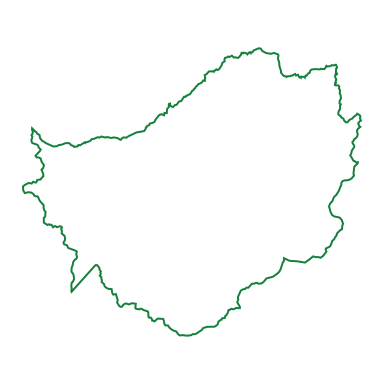 the district of Planadas, Tolima, Colombia
{"feature_id": "7082276B16084639884321", "entity_name": "Planadas", "entity_type": "district", "adm_level": 2, "iso_a3": "COL", "parent_name": "Colombia", "parent_adm1": "Tolima", "projection": "orthographic", "projection_center": [-75.818, 3.098], "detail": "fine", "context": "isolated", "style": "outline", "palette": "green", "viewbox_px": 384, "rotation_deg": 0, "n_neighbors": 0, "source": "geoboundaries", "source_scale": "gbopen_adm2", "svg_char_len": 5867}
<svg xmlns="http://www.w3.org/2000/svg" viewBox="0 0 384 384"><path d="M353.7,161.0L350.2,155.3L351.2,153.6L351.9,150.5L354.2,147.1L354.2,145.6L352.6,143.2L352.4,142.0L353.6,140.9L353.8,139.7L356.3,137.7L357.2,136.4L357.8,134.4L356.9,131.0L357.9,128.8L360.3,126.9L359.2,126.0L358.2,123.4L359.6,121.4L361.0,120.5L360.0,118.6L360.4,116.3L359.6,115.1L357.2,113.7L356.7,114.7L353.6,117.0L352.3,118.6L349.5,119.8L347.6,122.2L346.0,122.4L344.2,120.7L343.4,118.6L341.3,117.5L340.5,115.8L339.2,115.4L338.4,114.3L338.3,112.6L339.0,110.5L340.1,109.1L340.0,105.9L340.8,104.3L339.8,103.8L339.5,103.1L339.6,101.2L341.0,98.2L340.5,94.9L339.7,93.3L340.0,90.0L339.0,88.6L339.3,86.4L338.1,85.3L335.5,85.4L334.9,84.9L335.2,82.9L336.0,82.7L335.6,81.1L336.4,79.8L335.4,77.8L335.1,76.1L335.7,73.9L336.6,74.5L337.1,74.1L335.9,71.8L336.1,68.7L337.1,67.6L336.0,64.8L335.1,64.8L334.1,65.4L331.8,65.2L330.4,66.1L327.6,66.5L326.4,65.8L325.4,68.0L324.2,69.1L320.8,68.8L320.1,69.4L314.6,69.1L311.4,69.6L310.3,70.7L309.6,72.9L308.3,73.3L306.7,75.5L305.9,75.5L305.8,76.2L304.9,76.7L304.8,77.4L304.2,76.7L301.8,76.9L301.3,76.6L300.7,76.9L300.7,77.7L300.0,77.2L299.4,77.4L298.0,74.8L296.1,75.5L295.3,74.0L293.6,74.7L293.1,75.4L291.0,75.6L290.5,76.1L288.7,76.3L287.9,76.1L286.5,77.0L285.8,76.3L284.2,76.1L283.1,75.3L280.9,72.5L281.0,70.9L279.5,66.4L279.2,62.7L277.9,58.3L278.5,55.6L278.0,54.4L273.9,52.9L271.3,53.8L266.3,53.1L262.1,50.9L260.8,48.6L258.7,48.3L253.7,50.4L252.2,52.4L250.7,52.2L250.6,53.2L249.5,52.5L248.8,52.6L247.4,54.4L246.3,53.3L243.9,52.6L243.3,52.7L242.9,53.4L241.6,52.8L240.7,55.3L240.0,55.8L239.3,57.1L237.6,57.9L235.2,57.3L234.0,57.6L231.9,55.7L229.4,57.0L228.2,56.5L227.7,57.1L225.0,57.9L224.4,59.6L224.7,61.3L222.3,62.9L221.6,65.4L219.2,69.1L217.8,70.0L216.3,69.3L215.5,70.4L214.3,70.6L213.8,71.8L212.8,71.3L208.8,71.5L206.7,74.0L204.7,75.1L205.3,78.3L204.8,79.2L204.9,80.8L203.2,80.5L202.2,82.0L200.7,83.2L198.2,84.2L197.5,85.4L195.9,86.7L195.2,88.0L193.9,89.1L193.7,89.9L192.0,91.1L190.1,94.1L186.7,95.6L186.3,96.3L185.5,96.3L184.9,97.0L184.0,96.8L181.2,101.1L179.0,101.5L176.6,104.8L175.0,105.0L173.0,107.1L170.3,105.9L170.0,103.6L168.9,104.0L168.8,107.1L167.0,109.2L166.8,113.1L164.5,112.9L164.1,115.2L161.4,114.2L159.1,115.1L155.3,119.9L154.6,121.8L152.6,122.9L149.7,123.6L149.3,125.0L146.9,126.2L146.5,127.2L145.8,127.5L145.7,128.9L144.1,131.1L136.6,132.4L128.7,136.1L126.3,137.7L123.5,137.4L121.6,138.6L121.0,139.7L120.2,139.8L117.7,138.1L113.8,137.4L111.3,138.0L107.0,137.0L105.4,137.6L101.3,136.5L99.5,137.6L97.8,137.2L92.9,139.2L91.7,139.1L90.2,140.9L87.2,142.1L85.6,142.1L85.2,143.0L84.5,142.5L80.2,145.2L79.5,145.0L78.1,145.3L77.9,146.2L76.8,146.5L74.1,146.9L73.6,146.1L70.9,145.0L70.1,143.9L68.7,143.1L65.2,143.2L61.8,144.7L59.0,145.0L56.9,146.2L53.4,146.5L45.6,143.0L43.7,141.5L42.6,141.2L40.1,138.3L39.5,135.0L37.1,133.6L36.3,132.0L35.1,131.4L32.1,128.3L32.0,129.5L32.8,131.9L32.6,133.5L31.5,135.3L32.4,136.7L31.4,140.2L31.7,142.0L32.5,143.1L37.4,144.8L38.2,145.7L38.7,147.4L40.7,149.7L39.6,151.4L35.5,155.8L36.5,157.3L38.7,157.5L40.6,158.5L41.7,162.0L44.0,165.2L43.0,168.3L41.5,169.7L43.3,174.0L43.3,176.4L41.7,177.8L40.6,179.5L37.3,179.9L36.3,182.4L35.4,182.5L33.0,181.8L31.8,183.5L28.5,183.0L25.0,184.8L23.0,186.4L23.2,190.3L24.8,193.1L28.3,192.2L31.5,192.6L33.8,194.5L34.5,195.9L35.9,196.4L37.0,196.2L37.9,196.7L39.8,200.9L43.6,205.1L43.6,208.0L44.3,210.4L45.5,211.6L45.2,216.5L43.8,217.9L43.8,222.6L47.4,225.0L48.5,224.3L49.8,224.9L50.9,224.6L52.0,225.4L53.1,227.3L54.6,226.1L55.8,226.3L56.8,227.2L60.2,226.2L61.5,226.7L62.0,227.6L61.1,229.0L61.9,230.8L61.7,233.5L64.5,235.8L65.1,238.3L64.9,240.3L63.5,242.5L63.8,244.0L67.2,245.5L67.9,247.6L68.6,248.1L75.7,250.7L76.8,251.6L76.2,254.2L77.1,257.2L75.9,259.2L74.8,259.7L73.3,261.9L72.5,265.7L71.6,267.9L71.5,271.8L73.4,274.2L74.1,279.0L72.8,281.9L71.7,282.7L71.3,285.9L71.7,288.6L71.3,290.6L71.6,291.7L95.4,265.2L97.1,265.1L99.3,267.7L99.4,269.4L100.8,271.6L100.4,272.6L100.8,273.9L99.8,275.8L101.4,277.1L101.3,278.4L101.9,280.2L101.6,281.9L104.2,284.3L104.3,285.6L105.5,287.2L108.1,288.8L111.6,289.1L112.3,293.1L113.2,294.6L115.9,294.1L117.7,300.1L117.1,302.6L119.4,306.2L120.6,306.8L121.9,306.8L123.5,304.6L125.1,303.6L126.2,303.5L128.9,304.4L132.2,303.2L135.8,303.8L135.3,307.9L135.9,308.7L139.3,309.4L140.8,308.7L141.7,308.8L143.1,309.9L147.8,311.4L148.2,312.5L148.5,317.1L149.0,317.6L150.8,317.6L151.7,318.6L152.2,320.7L153.5,320.7L154.5,321.4L157.6,318.6L163.1,318.9L163.6,319.8L164.5,324.1L165.4,325.4L168.0,325.5L169.5,327.7L171.6,329.5L174.0,330.8L176.3,331.5L178.4,334.5L180.1,335.5L182.3,335.1L187.1,335.7L191.1,335.2L192.9,334.1L194.7,334.2L196.4,333.6L201.6,330.1L203.3,328.0L207.3,326.8L214.3,326.7L215.7,326.1L217.7,324.3L218.4,321.7L220.5,320.0L221.6,319.7L222.1,318.3L224.7,318.0L225.4,315.8L226.0,315.6L227.7,312.9L228.6,310.0L229.6,310.0L231.1,308.8L233.5,309.3L236.3,307.9L238.5,308.2L239.9,308.0L239.8,306.6L237.3,302.4L238.3,299.1L237.9,298.0L238.3,296.2L240.8,290.6L243.4,289.2L245.0,289.0L246.4,287.7L248.4,287.7L251.9,283.7L254.2,283.7L255.8,282.9L257.0,282.9L258.5,283.7L261.6,283.4L263.8,281.7L266.5,278.4L273.0,276.7L278.0,273.1L279.2,271.8L280.6,269.3L282.8,262.4L283.9,261.0L284.0,258.2L289.5,260.8L297.3,261.3L304.5,262.5L305.1,262.5L309.3,259.5L313.1,256.4L315.9,257.1L318.5,257.1L320.5,257.8L323.1,255.9L326.4,251.7L325.7,249.8L325.8,248.5L329.7,246.7L330.9,244.9L332.3,240.8L334.2,239.2L335.3,236.9L336.2,236.0L337.2,233.2L340.1,230.3L342.0,229.2L342.3,225.7L343.0,223.6L341.7,219.8L339.4,217.5L334.5,216.5L332.2,215.1L330.6,212.1L329.0,206.3L330.1,203.7L332.4,201.0L334.1,196.9L336.3,194.9L339.2,190.2L340.2,187.1L341.2,185.4L341.4,183.1L341.9,181.9L342.9,181.0L344.9,180.3L347.3,180.3L350.2,179.4L351.9,178.1L354.0,175.6L353.5,173.6L354.2,167.1L355.3,165.6L357.6,163.6L357.9,162.3L355.9,162.2L354.5,161.0L353.7,161.0Z" fill="none" stroke="#15803d" stroke-width="2"/></svg>